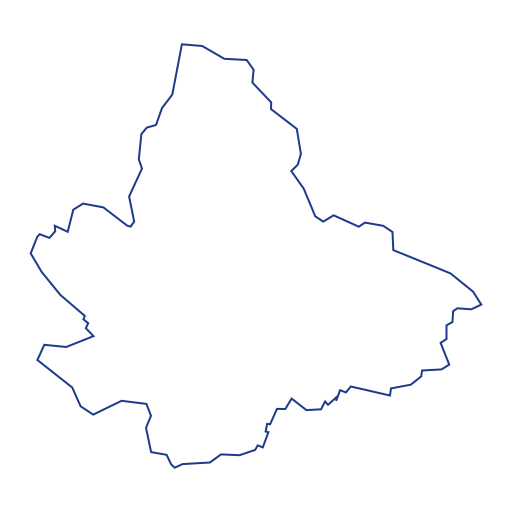 Dolneni, Dolneni, North Macedonia (orthographic projection)
{"feature_id": "65306769B25269203277023", "entity_name": "Dolneni", "entity_type": "district", "adm_level": 2, "iso_a3": "MKD", "parent_name": "North Macedonia", "parent_adm1": "Dolneni", "projection": "orthographic", "projection_center": [21.418, 41.482], "detail": "fine", "context": "isolated", "style": "outline", "palette": "blue", "viewbox_px": 512, "rotation_deg": 0, "n_neighbors": 0, "source": "geoboundaries", "source_scale": "gbopen_adm2", "svg_char_len": 1345}
<svg xmlns="http://www.w3.org/2000/svg" viewBox="0 0 512 512"><path d="M181.9,44.3L172.3,94.5L162.0,108.1L156.0,125.0L146.8,127.6L141.4,134.0L138.8,159.3L142.0,168.5L129.1,196.5L134.2,221.6L130.6,226.6L127.1,225.6L103.4,207.4L83.0,203.6L73.3,209.7L67.7,231.8L54.8,225.8L55.2,231.3L49.4,237.9L39.7,234.2L37.2,236.9L30.7,253.4L41.7,272.0L60.4,295.0L84.8,315.9L83.4,319.3L88.2,323.2L85.8,328.2L93.5,336.1L66.2,347.0L44.3,344.8L37.4,360.0L72.2,387.5L80.6,406.3L93.2,414.6L121.6,400.8L146.4,403.9L151.0,415.8L146.0,427.8L151.1,452.1L166.6,454.8L171.1,464.3L174.7,467.7L182.5,464.1L209.9,462.5L221.0,454.4L239.6,455.2L255.2,449.9L257.7,445.4L262.8,447.4L268.4,432.2L265.6,431.5L267.2,423.8L270.1,424.3L277.0,408.9L285.3,409.0L291.6,398.6L306.4,410.1L321.0,409.3L325.1,401.5L328.0,404.8L337.6,396.2L336.1,400.9L340.1,390.2L345.9,392.4L350.8,386.5L390.0,395.5L391.0,388.4L410.8,384.7L421.2,376.4L422.1,370.5L441.6,369.4L449.2,364.6L440.6,342.8L446.5,339.1L446.5,325.3L452.4,322.1L453.2,311.1L457.4,308.3L471.3,309.3L481.3,304.6L473.1,291.7L450.5,273.4L393.3,250.1L392.5,232.0L383.2,225.8L365.0,222.6L358.8,226.7L333.6,215.3L323.3,221.6L315.3,216.4L303.7,188.6L291.3,171.1L297.8,164.6L300.9,153.9L296.8,128.9L271.0,109.1L271.2,102.4L252.4,82.6L253.6,69.8L246.7,60.0L224.3,58.8L202.2,46.0L181.9,44.3Z" fill="none" stroke="#1e3a8a" stroke-width="2"/></svg>